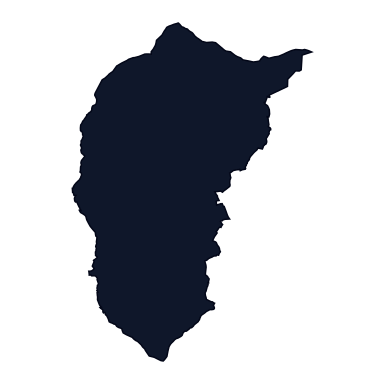 the district of Prundu Bargaului, Bistrita-Nasaud, Romania
{"feature_id": "2599482B22681076252841", "entity_name": "Prundu Bargaului", "entity_type": "district", "adm_level": 2, "iso_a3": "ROU", "parent_name": "Romania", "parent_adm1": "Bistrita-Nasaud", "projection": "natural_earth1", "projection_center": [24.734, 47.226], "detail": "fine", "context": "isolated", "style": "filled", "palette": "ink", "viewbox_px": 384, "rotation_deg": 0, "n_neighbors": 0, "source": "geoboundaries", "source_scale": "gbopen_adm2", "svg_char_len": 5870}
<svg xmlns="http://www.w3.org/2000/svg" viewBox="0 0 384 384"><path d="M163.2,361.0L164.5,359.7L166.9,356.5L168.0,350.7L169.0,346.7L170.4,344.3L171.6,342.9L173.0,341.6L174.8,339.6L176.4,338.5L177.9,338.1L180.8,336.5L182.1,335.4L183.0,333.0L184.5,331.3L186.5,331.1L189.2,329.0L190.3,327.8L191.6,327.7L193.3,326.2L194.2,324.8L198.2,321.6L198.6,320.7L199.4,319.8L199.8,318.4L201.0,315.7L202.0,314.8L203.5,313.8L205.4,312.4L206.3,311.5L208.9,310.2L209.8,309.6L211.1,309.7L212.9,309.5L213.6,309.3L214.0,309.0L214.3,308.6L214.4,307.9L214.3,307.5L214.1,307.3L214.0,306.5L213.4,305.5L213.7,304.8L214.6,303.2L214.4,303.1L213.6,302.9L213.3,302.5L212.3,301.8L211.7,301.9L209.8,301.1L206.4,299.4L206.1,297.7L205.4,295.4L205.1,292.8L206.0,291.2L207.1,287.0L207.7,286.0L208.1,284.3L207.9,282.7L208.6,282.7L208.4,282.1L209.1,279.0L208.8,278.4L208.0,277.6L207.7,276.7L207.3,276.2L205.7,275.2L205.4,273.6L206.1,267.2L205.9,265.1L204.7,261.0L206.8,260.2L208.7,258.5L210.2,257.8L212.2,257.0L213.8,256.0L216.1,255.9L216.8,254.9L218.6,255.2L219.4,253.1L220.4,251.8L219.7,250.2L219.4,248.4L218.9,247.1L217.2,244.8L216.4,242.8L215.7,242.0L212.6,240.7L214.4,236.8L217.1,233.0L216.1,231.5L217.0,230.8L218.9,227.9L219.4,227.4L219.8,227.2L221.0,227.4L221.1,226.8L222.6,224.5L222.0,224.0L221.7,223.4L220.4,221.5L220.8,220.9L222.2,220.8L223.2,219.8L225.0,219.3L229.6,219.0L228.2,217.0L227.3,215.0L225.9,211.0L224.2,206.5L223.5,206.7L222.2,203.7L220.9,204.1L220.8,203.7L216.6,205.1L216.2,201.1L217.0,200.8L219.1,200.5L217.9,198.0L217.3,197.0L217.5,196.1L216.2,194.3L214.7,191.8L216.0,191.7L220.5,191.1L222.5,192.2L223.7,191.0L225.8,189.5L229.7,186.4L230.0,185.6L230.0,184.2L229.7,183.2L229.9,180.1L230.5,178.7L230.8,177.6L230.3,176.1L230.1,174.5L229.7,173.1L230.1,173.0L233.4,170.5L237.2,169.7L238.4,169.7L239.7,169.3L240.2,170.7L242.2,169.8L245.3,169.2L245.6,168.5L245.2,168.2L245.6,166.2L246.3,165.3L246.5,164.1L247.2,163.4L247.5,161.8L249.0,160.1L249.4,159.3L249.5,158.4L249.8,157.6L250.2,157.1L250.6,156.4L251.4,155.5L253.7,152.8L254.7,151.8L256.8,150.0L258.0,148.1L262.4,149.0L263.2,147.0L263.3,146.1L264.2,145.4L264.8,144.2L265.6,144.4L266.1,143.8L266.7,142.1L266.7,140.9L266.4,140.1L266.3,138.3L267.2,137.1L268.6,134.6L269.2,133.8L269.0,132.4L269.6,130.3L270.7,129.8L270.7,128.8L270.1,127.8L268.3,126.7L268.9,124.7L268.3,121.0L268.2,119.7L268.0,118.2L267.1,117.0L267.1,116.6L268.8,117.0L269.1,116.1L269.6,114.0L269.3,109.7L268.6,107.9L267.5,105.7L265.2,104.1L265.1,103.6L264.2,102.9L264.2,102.4L265.0,102.4L265.3,102.2L267.0,97.7L267.3,96.5L269.1,97.4L269.9,97.0L269.4,96.1L269.2,95.1L287.5,86.4L287.7,79.3L293.1,73.7L295.5,70.9L299.4,71.0L301.2,69.9L302.1,55.1L311.7,52.0L308.9,50.8L306.9,50.1L304.6,49.5L302.4,50.0L295.8,49.5L293.2,50.1L291.0,50.8L286.2,52.9L283.8,54.1L278.6,56.3L274.4,56.9L269.3,58.2L268.5,58.1L265.3,56.8L263.7,56.3L262.4,57.4L260.8,59.1L259.6,61.0L257.1,61.5L253.4,62.0L248.8,61.0L244.5,60.2L243.0,59.9L240.7,57.9L237.2,56.6L234.8,55.2L230.5,51.8L226.1,51.1L224.6,50.3L215.6,42.7L212.2,42.1L206.5,42.5L201.6,41.3L201.3,40.8L198.2,38.6L197.3,38.1L195.0,36.2L192.8,33.3L191.8,32.4L190.1,31.5L188.6,30.4L187.5,29.1L185.1,28.4L183.7,27.4L181.8,26.8L179.6,24.2L179.1,23.8L178.8,23.4L178.2,23.0L176.6,23.6L174.2,24.2L171.2,25.4L169.1,26.1L166.7,27.4L165.9,28.8L164.2,31.2L162.0,35.1L156.5,40.3L156.0,43.2L155.4,45.3L153.2,49.2L151.2,51.7L151.3,54.1L146.9,54.0L144.8,54.1L138.8,56.5L134.5,57.6L133.1,57.7L128.6,59.3L127.1,60.4L121.8,63.0L116.7,66.0L112.8,71.5L110.6,73.0L109.0,74.2L108.2,75.2L105.0,78.1L102.2,79.8L95.4,92.7L94.8,94.3L94.8,95.4L96.0,97.6L96.7,99.4L96.7,101.1L96.5,102.4L96.1,103.8L95.4,104.7L92.9,105.8L92.3,106.6L91.8,108.2L91.8,109.4L91.6,110.3L90.8,111.7L88.8,113.0L88.2,113.7L87.6,114.4L86.7,114.9L86.6,116.0L84.0,119.7L83.8,120.3L82.8,121.1L81.7,123.6L81.0,124.5L80.7,125.0L80.4,128.0L80.5,130.4L80.8,130.6L81.0,130.9L81.1,131.4L81.6,131.4L82.4,132.5L82.6,133.8L82.6,134.9L83.1,135.5L83.3,136.2L82.0,139.7L81.5,140.3L81.2,140.7L81.1,141.4L81.2,143.1L81.0,143.8L80.5,145.0L80.8,146.0L81.3,146.5L81.6,148.5L81.0,149.6L80.9,150.5L81.3,152.3L81.5,152.8L82.1,153.6L82.8,154.0L83.4,154.9L84.3,155.4L84.6,155.8L84.6,156.4L84.3,157.0L81.6,160.4L81.1,161.8L80.9,163.0L81.4,164.7L81.3,165.3L80.6,166.8L80.5,168.3L80.4,170.7L80.0,172.0L80.2,172.3L81.1,172.7L81.6,174.6L81.4,175.6L80.9,176.6L80.5,178.0L79.8,179.0L79.7,179.5L76.5,182.5L74.5,184.9L73.4,186.7L73.6,187.6L72.3,188.2L72.6,192.3L73.1,192.2L74.0,195.4L75.9,195.4L75.2,196.3L74.5,198.0L74.4,198.4L74.5,199.3L74.6,200.2L74.8,201.1L75.5,202.0L76.7,201.8L78.7,206.2L81.0,210.5L81.0,210.8L80.7,210.8L80.3,210.2L79.9,210.0L79.3,210.2L80.1,211.7L80.6,212.5L83.3,214.1L85.1,215.4L85.9,216.5L86.7,219.7L88.6,223.4L90.3,226.4L93.0,229.7L95.3,232.3L95.5,234.2L95.8,236.0L96.7,236.9L97.0,237.4L96.4,241.9L96.7,243.6L96.0,245.3L95.7,246.6L96.2,247.8L96.3,248.4L96.3,248.9L96.0,249.8L96.2,250.5L95.6,251.4L95.4,252.8L95.6,254.8L95.5,255.3L96.1,256.0L97.3,257.0L97.1,257.6L95.4,259.1L93.9,260.0L93.5,260.5L94.0,261.3L94.0,261.9L92.3,266.1L94.1,268.6L93.4,269.6L91.6,270.9L90.0,271.2L88.8,271.2L89.0,272.0L89.0,273.0L89.2,273.8L89.2,275.1L90.8,275.0L91.8,275.9L92.9,275.8L94.5,275.8L95.6,276.0L97.4,278.2L97.1,279.6L98.4,283.5L98.2,284.6L97.4,285.3L97.4,286.2L97.0,288.0L97.4,290.2L96.9,290.6L97.9,292.1L97.1,292.6L97.4,296.0L97.6,296.7L97.5,299.8L99.5,304.9L99.8,305.4L101.4,307.1L100.0,307.5L100.7,308.3L102.5,309.6L102.9,310.1L102.9,311.8L103.1,312.4L103.5,312.9L104.1,312.5L104.9,312.4L105.5,314.7L106.7,315.7L108.2,318.7L109.2,321.8L110.5,322.5L112.4,323.2L114.0,324.1L115.0,324.2L116.0,325.1L116.4,325.9L116.7,326.3L117.9,327.1L119.1,327.7L120.7,328.1L121.9,328.9L122.3,330.7L123.2,332.9L126.4,334.7L132.6,337.5L132.8,338.0L134.1,339.3L135.7,340.5L137.6,341.4L141.2,344.8L142.6,346.9L144.8,349.0L145.4,350.4L149.2,356.0L154.0,357.2L160.9,360.6L163.2,361.0Z" fill="#0f172a" stroke="#020617" stroke-width="1.5"/></svg>